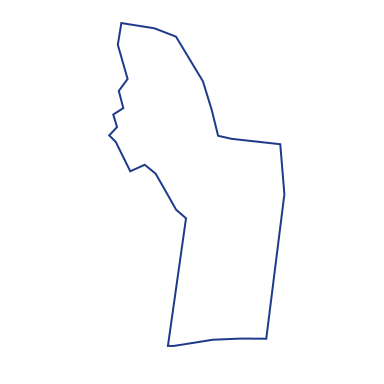 outline of Bosso, Diffa, Niger, rotated 99°
{"feature_id": "23599985B85188331861732", "entity_name": "Bosso", "entity_type": "district", "adm_level": 2, "iso_a3": "NER", "parent_name": "Niger", "parent_adm1": "Diffa", "projection": "mercator", "projection_center": [13.21, 13.719], "detail": "fine", "context": "isolated", "style": "outline", "palette": "blue", "viewbox_px": 384, "rotation_deg": 99, "n_neighbors": 0, "source": "geoboundaries", "source_scale": "gbopen_adm2", "svg_char_len": 506}
<svg xmlns="http://www.w3.org/2000/svg" viewBox="0 0 384 384"><g transform="rotate(99 192 192)"><path d="M131.0,112.3L133.3,161.1L132.4,175.0L108.0,185.3L81.0,198.5L41.1,232.1L36.2,254.6L36.2,288.2L58.2,288.3L90.4,273.3L103.6,280.1L119.9,273.0L127.8,281.9L139.6,276.2L149.0,282.6L154.5,275.1L181.2,256.2L172.5,243.0L179.5,230.9L190.5,222.0L212.0,204.9L218.9,193.8L347.8,191.7L346.8,185.6L334.7,148.5L329.1,120.7L325.3,95.7L179.8,100.4L131.0,112.3Z" fill="none" stroke="#1e3a8a" stroke-width="2"/></g></svg>